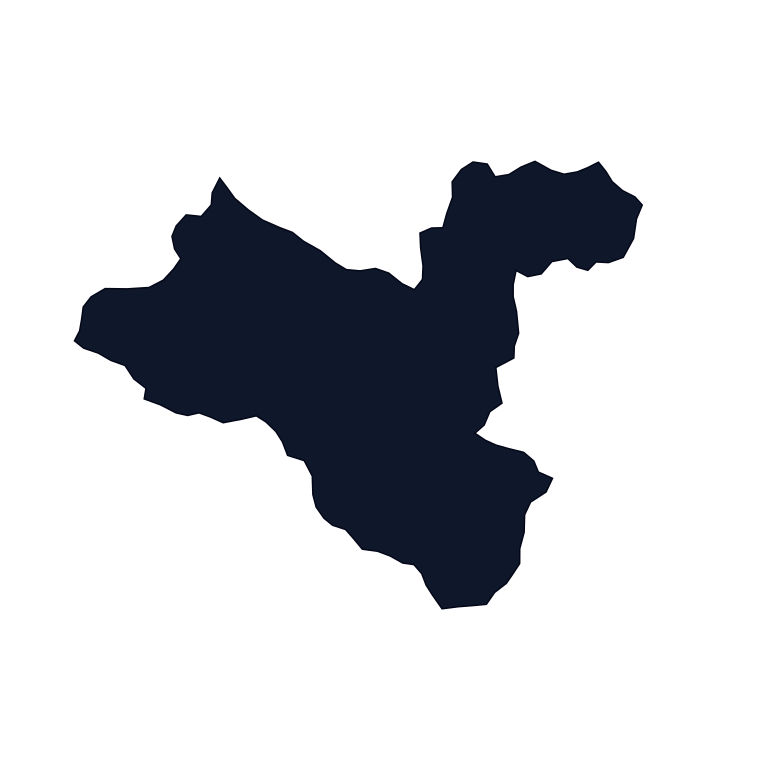 Pequeri, Minas Gerais, Brazil, rotated 77°
{"feature_id": "56859067B74304028561666", "entity_name": "Pequeri", "entity_type": "district", "adm_level": 2, "iso_a3": "BRA", "parent_name": "Brazil", "parent_adm1": "Minas Gerais", "projection": "albers", "projection_center": [-43.135, -21.825], "detail": "fine", "context": "isolated", "style": "filled", "palette": "ink", "viewbox_px": 768, "rotation_deg": 77, "n_neighbors": 0, "source": "geoboundaries", "source_scale": "gbopen_adm2", "svg_char_len": 1848}
<svg xmlns="http://www.w3.org/2000/svg" viewBox="0 0 768 768"><g transform="rotate(77 384 384)"><path d="M216.1,125.1L219.0,136.8L220.8,147.9L220.1,161.3L213.4,173.0L201.0,186.8L203.4,201.6L208.0,215.2L207.1,229.1L192.9,233.9L187.7,247.3L192.4,260.4L202.3,272.1L217.4,275.2L232.3,284.7L245.0,291.5L242.7,302.6L245.0,315.0L259.6,317.7L277.7,319.4L290.7,323.0L298.9,333.2L290.3,343.9L277.0,354.4L269.5,366.3L268.4,381.8L264.1,394.9L255.1,404.2L239.8,416.1L226.7,430.4L215.7,439.1L208.2,450.3L197.0,465.4L183.9,477.0L169.5,487.7L158.9,492.1L146.3,497.7L159.1,508.4L170.6,512.0L179.6,524.4L174.7,538.7L183.2,550.9L192.5,557.4L205.3,557.7L216.2,553.8L224.5,563.0L233.1,575.6L237.1,591.2L233.5,613.0L228.3,634.2L233.1,649.7L241.2,659.7L252.7,664.0L263.7,668.6L272.3,675.9L281.5,668.6L289.6,655.5L299.6,644.8L307.7,632.2L322.8,626.6L334.7,616.9L344.6,621.0L353.9,606.7L365.4,593.1L370.5,582.4L370.5,570.8L377.1,560.6L385.6,549.4L386.3,530.0L386.3,515.6L394.4,507.6L405.9,500.1L417.4,496.0L431.9,494.0L440.7,479.0L457.6,474.6L475.8,478.2L488.7,477.8L501.3,472.7L510.1,465.9L517.1,454.2L527.9,448.4L540.1,442.3L545.5,428.0L552.9,416.8L562.6,406.1L566.7,395.5L577.3,389.9L589.5,388.2L600.5,384.3L616.1,378.0L617.7,362.0L620.2,345.2L621.7,333.8L612.0,323.1L605.7,309.5L597.6,300.7L589.5,292.2L575.1,288.8L560.0,280.8L543.1,276.4L532.0,267.7L525.7,250.4L513.8,241.0L504.5,253.4L492.8,255.3L482.0,263.3L475.0,277.1L468.6,288.8L461.7,297.8L452.4,306.5L446.5,295.6L434.8,287.1L429.2,273.3L411.8,273.5L393.1,271.3L387.9,251.6L376.4,248.5L364.9,241.4L343.0,238.5L327.9,238.5L316.4,235.8L303.1,229.8L311.7,219.8L312.1,206.0L302.5,192.9L303.1,176.6L313.5,169.8L319.1,159.8L312.8,149.9L316.2,138.0L314.4,122.4L298.4,108.1L279.9,100.8L267.7,92.1L258.2,97.4L249.2,108.1L238.2,116.1L226.7,120.0L216.1,125.1Z" fill="#0f172a" stroke="#020617" stroke-width="1.5"/></g></svg>